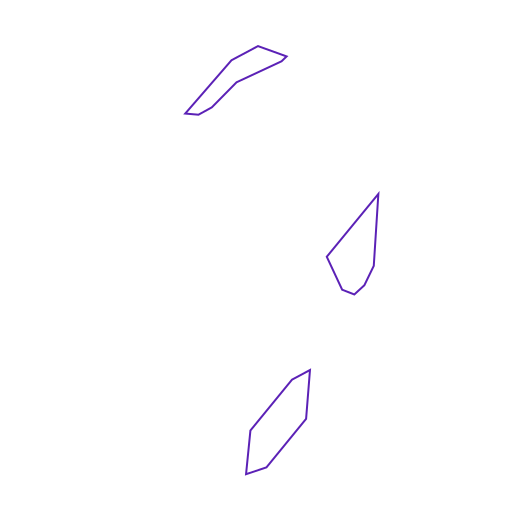 map outline of British Virgin Islands (orthographic projection), rotated 312°
{"feature_id": "VGB", "entity_name": "British Virgin Islands", "entity_type": "country or territory", "adm_level": 0, "iso_a3": "VGB", "parent_name": "North America", "parent_adm1": "", "projection": "orthographic", "projection_center": [-64.441, 18.576], "detail": "fine", "context": "isolated", "style": "outline", "palette": "violet", "viewbox_px": 512, "rotation_deg": 312, "n_neighbors": 0, "source": "natural_earth", "source_scale": "50m", "svg_char_len": 443}
<svg xmlns="http://www.w3.org/2000/svg" viewBox="0 0 512 512"><g transform="rotate(312 256 256)"><path d="M168.5,402.2L105.9,405.2L87.2,394.6L122.6,368.6L188.2,365.5L207.4,372.4L168.5,402.2ZM327.5,350.1L306.8,356.1L293.2,354.8L288.6,342.6L302.8,309.1L384.0,305.4L327.5,350.1ZM413.3,117.0L424.8,145.2L417.8,144.7L372.1,125.3L336.9,123.7L322.5,118.7L314.5,108.1L385.1,106.8L413.3,117.0Z" fill="none" stroke="#5b21b6" stroke-width="2"/></g></svg>